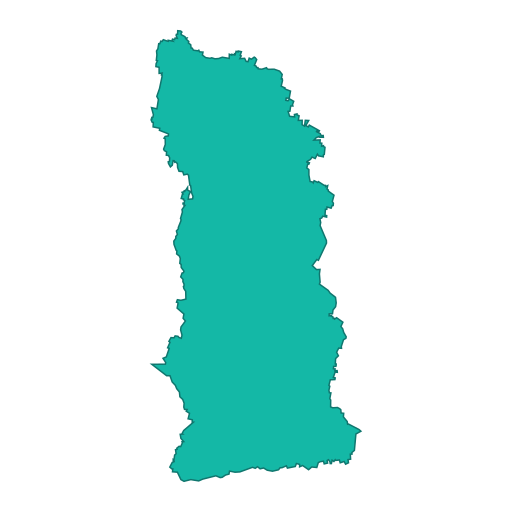 U Thong, Suphan Buri, Thailand (orthographic projection)
{"feature_id": "78962969B35479109951050", "entity_name": "U Thong", "entity_type": "district", "adm_level": 2, "iso_a3": "THA", "parent_name": "Thailand", "parent_adm1": "Suphan Buri", "projection": "orthographic", "projection_center": [99.878, 14.426], "detail": "fine", "context": "isolated", "style": "filled", "palette": "teal", "viewbox_px": 512, "rotation_deg": 0, "n_neighbors": 0, "source": "geoboundaries", "source_scale": "gbopen_adm2", "svg_char_len": 6027}
<svg xmlns="http://www.w3.org/2000/svg" viewBox="0 0 512 512"><path d="M180.7,31.0L177.7,30.7L177.6,34.2L176.4,34.3L176.1,35.3L177.3,38.3L175.1,38.0L174.6,39.6L172.5,39.1L172.1,40.3L172.9,41.2L168.2,40.3L168.2,41.3L167.2,41.1L163.3,39.7L162.0,41.5L160.8,41.1L159.7,43.8L158.7,43.7L157.9,48.8L156.5,51.0L156.9,54.9L156.3,60.4L157.5,60.7L156.1,63.7L155.9,66.6L159.1,67.3L159.1,73.4L162.1,73.1L161.4,74.9L162.1,75.1L162.0,76.8L159.5,88.6L156.8,96.4L158.4,99.5L156.9,108.8L151.5,107.6L153.4,114.7L152.9,117.2L151.8,117.4L152.0,119.0L151.3,119.0L151.1,119.9L152.2,122.3L153.3,122.4L153.1,126.9L159.8,128.3L159.4,130.3L168.5,133.9L168.3,135.9L165.2,136.4L164.0,138.2L165.2,138.8L165.3,144.5L163.6,149.1L164.3,150.6L166.6,151.8L166.3,155.2L168.5,155.5L169.7,157.9L169.4,161.5L168.2,161.8L168.5,163.5L170.4,166.9L172.3,165.2L173.1,160.6L174.2,160.7L174.8,162.3L175.6,161.9L177.4,163.6L177.6,167.5L179.0,171.3L182.7,171.6L183.8,174.9L187.3,174.1L188.5,175.2L189.8,185.1L190.6,185.6L191.6,192.7L193.0,196.5L192.6,198.9L188.2,199.3L188.9,194.8L190.5,191.6L187.6,190.1L187.6,187.3L185.9,190.0L184.1,191.0L184.5,191.5L182.0,192.3L183.1,194.0L182.4,194.2L181.2,198.5L183.5,198.9L183.3,199.7L184.7,200.6L184.1,203.0L183.0,203.1L183.0,204.0L184.2,204.0L184.0,205.5L184.9,205.5L182.0,209.5L182.4,212.1L180.5,218.6L181.1,219.7L180.7,221.4L178.3,227.4L178.4,228.7L176.4,231.0L177.4,234.5L175.8,236.4L175.8,238.4L173.8,241.1L174.0,244.4L176.2,250.4L176.9,250.9L176.6,253.9L179.4,256.1L180.3,258.5L179.8,263.4L181.1,264.4L181.2,267.4L184.0,271.2L183.4,272.7L182.1,273.0L180.7,276.9L183.0,279.4L182.9,281.7L184.0,284.0L184.0,286.0L183.4,286.5L183.9,288.6L185.7,291.3L185.9,299.1L180.9,300.3L177.4,299.7L176.5,302.2L177.8,302.6L178.0,303.6L177.1,308.1L183.9,314.0L183.1,318.3L185.4,321.0L181.0,327.0L180.6,329.9L182.0,335.1L181.3,338.3L178.8,337.4L178.0,336.3L175.1,335.9L174.0,337.8L171.0,337.6L168.9,341.4L170.0,342.3L167.6,347.8L169.2,348.4L166.3,356.9L163.0,358.3L165.7,362.5L165.4,364.2L151.8,364.3L166.6,375.7L170.0,375.7L172.2,382.0L175.4,385.4L176.7,388.7L179.4,392.0L179.9,396.8L182.7,399.4L184.1,403.2L183.8,407.1L184.5,409.4L187.1,409.5L186.2,411.2L189.5,413.3L188.1,418.8L192.3,419.8L192.2,422.1L193.4,422.2L183.7,430.5L182.0,433.7L182.6,434.1L180.2,434.3L180.9,438.4L183.7,441.6L182.0,441.8L182.4,442.8L180.7,446.6L179.1,446.3L176.8,448.2L177.1,449.3L175.5,449.7L176.1,453.7L174.6,455.1L174.0,459.7L173.2,459.3L173.2,460.6L174.0,460.7L174.2,461.6L172.2,462.4L169.8,467.1L171.8,468.9L172.8,468.9L172.5,471.8L177.4,472.2L180.9,479.6L184.0,481.3L190.8,479.6L198.7,480.9L202.8,479.1L215.9,475.8L220.2,477.6L222.2,477.3L225.6,475.0L229.0,474.1L229.5,471.1L235.0,472.2L239.9,471.9L252.5,467.3L255.3,468.3L257.5,466.7L260.1,468.8L263.6,468.0L267.2,470.2L272.5,471.2L278.5,469.8L280.2,467.7L282.0,467.7L286.4,465.8L287.4,468.1L295.3,466.5L296.4,463.5L299.6,464.4L299.6,466.8L302.6,465.5L308.6,469.7L311.7,467.0L316.8,467.5L318.3,462.6L320.2,461.7L323.5,461.2L324.2,463.9L327.6,463.1L327.1,460.5L328.5,459.7L329.9,461.7L330.2,463.6L331.4,463.6L332.1,460.2L333.9,461.5L335.2,459.7L335.7,460.4L339.4,460.0L340.2,462.8L344.1,461.5L345.6,464.2L348.5,462.8L348.0,459.6L350.6,459.2L350.3,454.2L352.0,454.1L351.9,452.5L354.4,450.4L355.9,434.0L360.9,431.2L359.1,429.6L348.4,424.0L347.6,424.2L347.2,421.5L343.4,416.9L343.7,413.3L341.1,413.0L340.8,409.7L339.7,408.7L337.5,407.5L332.8,407.8L330.6,406.9L330.7,400.0L329.8,398.7L330.9,392.9L329.4,392.8L328.9,390.3L329.8,386.2L328.9,385.4L330.3,379.8L334.9,379.6L335.2,377.9L333.3,377.5L335.1,372.1L337.3,372.3L337.1,370.6L334.9,370.7L335.1,368.9L333.4,368.8L333.6,366.4L335.9,366.3L336.1,365.5L336.2,364.0L335.3,363.9L335.6,358.6L338.4,355.8L336.6,352.2L338.7,348.1L341.5,348.3L341.3,346.5L343.5,339.7L345.9,338.3L346.2,336.8L343.7,332.4L342.7,328.8L340.9,326.5L342.9,322.2L336.6,317.7L334.5,319.1L334.0,318.2L333.2,318.4L332.9,316.9L331.2,316.2L331.4,315.6L329.1,315.8L329.2,313.8L332.5,313.7L333.0,310.0L335.6,306.7L336.2,302.9L335.5,297.3L330.1,293.1L328.2,290.4L319.4,284.1L320.1,282.2L319.4,273.9L320.0,269.4L316.5,269.6L312.3,265.6L316.8,259.5L318.4,260.3L326.5,243.1L326.4,240.5L320.1,225.6L320.7,222.5L319.9,218.7L321.7,218.0L322.7,216.2L326.6,217.1L326.7,215.6L325.0,215.3L325.4,209.3L326.8,209.3L327.0,207.0L331.1,208.2L332.2,205.5L333.2,205.5L333.4,203.2L332.3,201.6L334.0,195.2L328.3,191.1L328.3,190.0L327.0,189.0L327.7,185.6L325.6,186.6L325.5,185.4L324.1,185.3L318.4,181.6L317.7,182.4L314.1,180.7L313.2,182.9L312.6,182.0L310.1,181.5L308.9,175.1L308.9,169.6L306.8,167.9L307.7,164.1L308.8,164.2L309.4,162.8L306.8,162.1L306.9,161.6L310.5,159.4L312.0,157.1L315.2,158.5L317.4,154.2L318.6,155.9L323.3,156.8L323.4,154.9L324.3,154.4L325.0,147.3L323.3,146.4L323.4,145.7L321.6,146.2L321.8,143.2L319.9,143.0L320.2,139.9L313.9,140.1L316.3,137.6L319.1,136.4L319.3,137.2L323.4,137.3L323.2,135.5L321.2,135.6L320.2,133.6L318.3,132.6L319.4,130.7L318.5,130.3L317.5,132.2L316.5,131.6L317.6,129.7L312.0,126.6L309.3,125.1L308.3,126.9L305.8,125.6L308.7,120.5L305.3,120.3L304.5,126.1L302.1,124.7L302.2,120.3L298.3,120.4L299.1,115.8L297.0,114.8L297.0,113.9L294.4,114.5L294.6,116.9L289.6,116.3L288.1,111.4L289.9,111.2L290.7,106.0L292.9,106.0L292.5,104.7L293.7,101.3L289.6,98.9L288.0,100.8L285.8,100.3L286.2,98.1L289.2,98.2L290.5,91.1L286.0,89.4L284.4,88.3L284.8,87.8L281.2,86.2L282.5,80.6L282.3,78.9L281.3,78.9L282.2,74.4L279.6,71.1L274.2,69.2L268.5,69.3L267.2,68.9L266.5,67.7L261.9,69.2L258.1,68.8L258.0,67.6L256.6,67.5L256.0,66.0L254.4,65.4L256.7,59.6L255.2,57.7L254.2,57.1L251.4,59.2L249.2,58.1L248.0,61.7L246.1,61.4L244.6,58.3L239.8,58.7L241.2,55.9L240.2,55.3L241.4,51.7L238.2,51.0L238.1,51.9L236.1,51.3L235.3,54.1L234.6,53.8L234.7,55.0L231.8,54.3L231.7,55.1L229.3,54.2L229.2,58.4L222.3,57.2L218.7,58.5L215.0,58.8L211.7,57.8L210.0,58.3L205.7,57.6L202.4,55.1L203.0,52.1L199.5,51.8L198.8,50.2L197.8,50.8L193.4,50.2L192.3,48.2L191.1,48.0L190.7,44.7L188.4,43.0L188.8,41.5L186.3,39.2L187.0,38.0L185.5,38.1L185.0,36.7L181.3,34.7L181.0,33.5L181.9,32.1L180.7,31.0Z" fill="#14b8a6" stroke="#0f766e" stroke-width="1.5"/></svg>